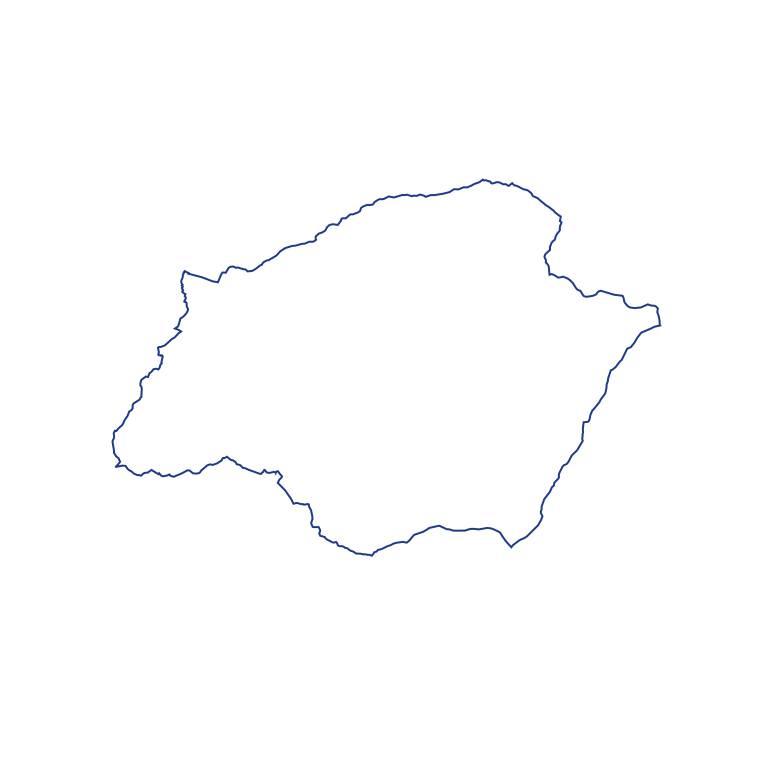 the district of Comarnic, Prahova, Romania, rotated 145°
{"feature_id": "2599482B19428684373237", "entity_name": "Comarnic", "entity_type": "district", "adm_level": 2, "iso_a3": "ROU", "parent_name": "Romania", "parent_adm1": "Prahova", "projection": "robinson", "projection_center": [25.622, 45.269], "detail": "fine", "context": "isolated", "style": "outline", "palette": "blue", "viewbox_px": 768, "rotation_deg": 145, "n_neighbors": 0, "source": "geoboundaries", "source_scale": "gbopen_adm2", "svg_char_len": 6166}
<svg xmlns="http://www.w3.org/2000/svg" viewBox="0 0 768 768"><g transform="rotate(145 384 384)"><path d="M651.7,470.1L644.8,467.0L642.7,465.1L642.7,461.2L641.8,458.6L641.0,457.4L640.3,454.2L638.3,450.9L636.6,449.6L635.6,448.2L632.4,448.7L630.7,448.3L628.2,446.9L623.8,447.0L620.6,439.6L619.4,439.9L619.2,437.2L618.3,435.4L614.9,433.7L611.7,432.9L611.8,432.1L611.2,430.8L609.4,428.6L601.1,426.8L594.4,426.0L592.8,424.5L591.7,420.4L589.2,418.3L586.7,417.1L585.7,417.1L583.1,418.0L575.3,418.7L572.7,418.0L570.6,415.9L566.1,414.7L560.9,414.5L558.6,415.7L557.9,415.5L557.2,414.8L554.4,414.5L553.0,409.7L551.3,407.8L550.4,405.1L550.7,402.9L548.3,400.0L547.7,396.3L546.5,395.3L544.1,391.4L537.1,381.5L536.1,380.9L535.0,381.3L533.8,381.2L531.3,382.3L530.8,381.1L530.9,379.1L529.8,377.7L528.3,376.6L524.6,375.2L523.7,374.1L523.9,373.1L522.5,374.0L520.9,373.4L520.9,369.8L520.5,367.3L520.7,366.7L521.7,366.1L524.5,365.7L527.7,364.0L526.0,353.6L526.0,343.2L526.8,337.8L524.5,337.0L523.1,336.1L521.0,333.3L519.4,332.2L518.9,331.1L515.6,329.5L514.8,328.9L514.7,328.5L515.7,326.4L516.2,322.3L518.5,317.0L520.0,314.5L523.5,311.8L524.4,307.9L523.4,306.8L520.7,305.1L519.8,304.3L519.6,303.7L520.3,300.5L522.8,298.7L523.3,296.3L520.4,292.7L520.4,291.1L519.9,289.3L517.1,284.0L516.1,282.8L513.9,282.1L513.7,280.4L514.2,278.8L514.1,277.6L513.1,276.3L511.3,275.2L510.3,273.7L509.9,272.2L508.3,270.4L507.2,266.9L505.2,264.2L504.0,261.0L500.7,258.6L498.7,256.3L497.4,255.6L495.5,253.6L493.7,252.3L492.4,250.3L488.3,251.7L486.6,251.1L484.0,251.5L480.9,250.2L475.1,249.3L470.1,248.0L468.2,247.9L465.0,246.9L459.0,243.8L456.4,241.0L453.4,241.2L446.6,243.0L445.3,243.0L436.4,240.4L429.2,240.0L420.6,236.5L419.8,235.8L415.9,229.1L413.7,227.3L411.7,224.6L410.1,223.2L401.8,217.5L396.5,215.8L393.4,213.8L389.7,210.5L382.0,206.9L379.3,204.5L377.9,202.7L374.1,196.0L374.4,191.2L374.3,184.9L373.3,177.2L371.0,178.0L363.7,178.3L361.3,178.2L360.1,177.8L356.4,177.2L353.8,177.3L338.8,179.9L333.6,182.4L330.1,184.7L329.6,187.8L329.0,189.3L326.8,190.9L325.2,193.2L318.7,197.8L309.9,200.5L305.7,203.1L302.8,203.5L301.9,204.7L300.8,205.5L295.2,206.6L294.3,207.2L292.7,209.5L291.8,210.3L285.2,213.9L283.4,214.3L280.5,213.7L279.3,213.9L276.6,214.9L271.1,217.8L264.0,218.9L254.2,223.2L253.7,223.6L253.0,225.6L251.3,227.2L250.3,228.9L248.8,230.0L247.2,232.7L242.4,238.2L238.7,236.1L237.5,236.1L235.5,237.5L232.6,240.3L228.6,242.8L225.8,243.3L217.6,245.7L215.4,247.0L208.9,249.1L207.6,249.8L204.1,253.1L201.9,255.9L199.1,257.9L197.0,260.2L190.4,265.1L188.4,264.7L184.6,265.0L177.9,267.1L175.2,267.5L164.6,273.4L160.6,272.6L155.2,274.2L150.3,276.5L143.9,278.5L133.4,276.3L130.0,275.9L124.2,273.6L124.2,274.3L122.2,277.4L120.8,280.3L119.9,282.4L119.0,286.0L116.3,288.9L116.6,291.0L117.4,292.8L120.4,295.3L122.2,297.9L129.8,299.4L135.2,302.5L138.4,305.4L139.7,307.9L140.1,312.4L140.0,313.3L138.3,317.4L138.0,319.5L144.2,325.0L152.8,335.9L154.8,336.7L156.6,336.6L158.7,335.7L162.5,336.5L167.2,338.8L168.5,339.6L169.4,340.7L170.0,341.7L170.0,343.0L169.7,347.7L170.7,349.0L171.7,351.3L171.4,358.5L172.2,362.7L173.3,365.6L175.8,369.2L179.1,370.5L180.5,371.6L181.7,374.8L183.5,377.9L185.8,378.5L181.5,386.1L181.4,389.1L181.7,390.7L180.3,392.7L179.8,395.6L179.3,396.5L177.8,397.6L176.7,397.9L171.1,398.6L169.6,400.9L166.1,403.3L164.3,404.0L161.5,404.2L160.8,404.6L158.7,406.4L156.7,407.5L152.1,408.9L151.3,409.7L150.4,411.1L148.8,412.7L146.0,414.4L145.9,415.2L146.4,416.7L143.1,419.8L143.9,421.4L145.4,426.3L145.6,428.4L147.1,433.4L149.3,439.0L149.5,440.8L150.2,442.2L151.6,448.2L154.3,452.7L153.9,455.8L154.8,459.1L155.7,461.0L158.2,463.7L161.4,469.9L163.4,472.2L163.8,475.0L167.9,474.7L168.5,475.0L169.6,477.8L171.8,479.2L173.5,482.4L174.7,483.8L176.0,484.7L179.7,485.8L180.7,486.5L181.0,487.2L180.8,488.3L181.1,489.1L183.0,491.4L183.4,492.3L185.6,493.6L185.8,494.7L190.1,494.6L195.5,496.1L198.9,496.4L203.2,497.4L205.9,499.5L211.5,500.7L214.8,503.4L220.2,503.6L226.7,506.1L234.4,509.8L237.2,511.9L242.5,513.4L243.2,515.3L245.8,518.5L249.2,519.3L251.8,521.4L253.4,521.8L256.6,525.9L258.6,526.8L260.5,528.3L268.8,531.1L272.6,534.9L278.0,535.7L279.6,536.4L281.4,537.8L283.0,538.3L287.5,538.4L290.0,537.4L293.2,538.8L294.1,539.7L295.8,540.6L300.1,541.5L301.9,541.3L304.3,539.5L306.6,539.4L312.1,540.8L313.5,541.8L314.9,542.3L320.2,541.6L322.6,543.3L323.7,543.7L324.6,543.4L325.5,542.5L330.6,540.8L334.2,544.2L336.3,545.1L338.4,545.5L340.6,545.1L344.1,543.4L347.2,543.5L351.3,544.6L355.2,544.0L356.2,543.1L356.9,541.1L359.4,541.0L360.8,541.4L363.7,543.5L367.8,544.2L371.4,546.1L376.9,548.0L380.3,549.9L387.0,552.0L392.9,552.2L398.4,550.9L407.4,551.6L409.4,552.5L412.0,552.8L413.6,552.7L415.9,551.7L417.2,552.2L422.8,551.9L427.0,552.2L431.2,554.5L431.5,556.5L432.1,557.7L433.6,558.8L433.8,559.5L435.0,560.7L436.7,563.1L438.6,564.1L440.0,566.6L442.6,568.1L444.8,568.2L449.7,565.9L452.4,568.0L454.7,567.0L461.7,562.6L465.5,566.4L471.8,575.7L481.0,586.6L480.4,586.9L482.5,590.8L483.8,589.9L484.0,590.2L486.3,588.5L488.0,586.6L490.1,585.4L491.5,584.1L492.2,581.9L492.1,580.9L493.0,580.7L492.9,579.6L494.2,579.0L494.3,578.7L493.9,578.5L494.8,577.8L494.7,576.1L496.4,575.2L495.7,572.4L495.1,571.5L496.8,570.3L496.7,569.4L497.0,568.0L500.3,566.2L500.3,565.7L499.3,564.5L499.2,563.7L501.4,560.1L501.4,558.3L501.9,557.2L505.1,555.3L509.7,554.3L513.4,554.3L517.5,550.8L519.8,549.3L523.4,549.3L521.3,546.3L520.1,543.4L523.4,543.4L528.7,542.2L532.1,542.5L541.1,541.3L545.4,542.3L547.2,543.3L548.3,543.4L550.3,539.0L551.9,537.7L552.1,537.2L552.0,536.7L550.6,535.8L550.5,535.1L549.4,534.8L549.2,534.1L549.4,533.6L553.6,529.7L554.1,529.2L554.2,528.4L556.2,528.0L558.4,526.1L560.5,525.3L561.2,526.4L562.3,527.5L564.5,528.3L567.3,527.4L570.0,527.3L573.2,525.1L574.8,526.7L580.3,526.6L582.6,524.9L584.3,522.7L584.3,520.8L585.5,518.5L590.4,512.4L591.5,512.3L593.2,511.4L600.4,511.7L602.0,510.8L604.0,508.2L606.1,507.4L608.4,507.6L612.5,504.9L617.6,503.0L620.1,501.3L622.1,500.5L627.3,499.9L630.0,499.1L630.5,499.1L631.2,500.0L632.9,499.2L633.9,498.3L635.2,495.7L636.7,494.3L638.6,493.3L639.6,492.3L643.4,484.2L644.6,482.5L644.9,478.3L644.0,475.5L644.8,471.6L649.6,470.2L651.7,470.1Z" fill="none" stroke="#1e3a8a" stroke-width="2"/></g></svg>